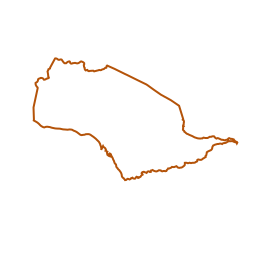 outline of Paratinga, Bahia, Brazil, rotated 299°
{"feature_id": "56859067B27824203442391", "entity_name": "Paratinga", "entity_type": "district", "adm_level": 2, "iso_a3": "BRA", "parent_name": "Brazil", "parent_adm1": "Bahia", "projection": "mercator", "projection_center": [-43.076, -12.745], "detail": "fine", "context": "isolated", "style": "outline", "palette": "amber", "viewbox_px": 256, "rotation_deg": 299, "n_neighbors": 0, "source": "geoboundaries", "source_scale": "gbopen_adm2", "svg_char_len": 5509}
<svg xmlns="http://www.w3.org/2000/svg" viewBox="0 0 256 256"><g transform="rotate(299 128 128)"><path d="M167.3,230.7L168.2,230.7L168.6,229.9L168.3,228.7L168.5,227.9L168.8,226.9L169.3,225.9L169.0,225.0L168.9,224.1L168.3,223.2L168.2,222.5L168.3,221.8L167.9,221.1L167.2,220.8L166.4,221.1L165.7,220.2L165.2,219.5L164.5,219.1L164.1,218.5L163.9,217.8L163.7,216.8L163.2,215.9L163.0,215.0L163.0,214.2L162.9,213.0L162.8,211.9L162.5,211.1L161.7,210.6L161.6,209.9L161.7,209.2L162.0,208.3L162.4,207.4L162.0,206.4L161.4,205.6L160.8,205.2L160.4,204.6L159.9,203.7L158.8,203.1L157.8,202.4L157.1,201.2L156.7,200.4L156.4,199.4L156.1,198.6L155.0,198.1L154.5,197.3L154.1,196.7L153.7,196.2L153.4,195.4L152.9,194.4L152.6,193.3L152.4,192.2L152.1,190.7L152.1,189.8L152.1,189.0L152.1,188.3L152.0,187.3L151.9,186.4L151.8,185.5L151.7,184.3L151.7,183.3L151.5,182.5L151.6,181.7L151.7,181.0L152.0,180.1L152.0,179.2L152.6,178.6L152.8,177.7L153.1,176.9L153.9,176.5L154.8,176.3L155.5,175.7L156.2,175.3L156.7,175.8L157.3,174.9L157.9,175.0L158.6,174.8L159.3,174.3L160.3,174.1L161.3,173.4L161.7,172.6L161.8,171.9L162.5,172.0L172.2,161.9L173.1,152.1L173.1,140.6L173.9,132.6L174.9,124.3L175.0,123.0L174.5,113.6L173.9,100.8L173.8,99.9L173.2,87.6L172.5,79.5L171.7,79.3L171.0,79.6L170.2,79.8L169.7,79.0L168.7,78.6L167.9,78.3L167.4,77.8L166.7,77.0L165.8,76.6L165.1,75.7L164.8,74.7L163.9,73.9L163.1,73.0L162.3,72.2L161.7,71.5L161.1,70.9L161.3,69.9L160.8,69.0L160.1,68.0L159.5,67.0L158.9,66.5L158.6,65.8L158.7,65.1L159.1,64.3L158.5,63.6L157.9,63.2L158.1,62.2L158.8,61.3L159.5,61.1L159.8,60.5L160.3,59.8L161.0,59.4L161.6,58.8L162.6,58.8L163.5,58.2L163.8,57.1L163.7,56.1L163.7,55.4L163.5,54.7L162.8,54.2L161.7,53.8L160.8,53.2L160.2,52.7L159.8,52.0L159.5,51.0L159.3,50.1L158.9,49.6L158.4,49.0L157.8,48.1L157.1,47.7L156.7,47.0L156.9,45.9L157.6,45.3L157.9,44.6L157.4,43.9L156.6,43.2L155.7,42.8L154.7,42.5L154.2,41.7L153.9,41.1L154.1,40.1L154.6,38.9L155.1,37.9L155.6,36.9L155.5,36.1L154.7,35.2L154.2,34.7L153.9,33.9L154.1,32.7L154.1,32.0L153.9,31.1L153.4,30.5L143.1,30.6L142.2,30.9L141.5,30.4L140.7,29.9L140.0,30.2L139.2,30.2L138.5,30.2L137.9,30.7L136.9,31.5L136.0,32.2L135.0,32.9L134.2,33.4L133.9,34.2L133.3,34.4L132.4,33.7L131.6,32.8L130.7,32.4L130.0,31.8L129.5,31.1L130.1,29.7L130.1,29.0L129.9,28.2L129.4,27.3L128.5,26.7L128.0,26.2L127.3,25.8L126.6,25.9L125.8,26.2L125.0,26.3L124.0,26.1L123.4,25.7L122.6,25.3L121.6,25.9L121.0,26.4L120.7,27.0L120.2,27.6L119.9,28.3L119.6,29.3L119.0,29.7L100.2,35.4L98.5,36.4L89.8,41.6L88.9,41.9L88.9,42.6L88.9,43.5L88.9,45.2L88.8,46.3L88.5,47.9L87.7,50.5L87.6,52.1L87.6,52.9L87.7,53.8L88.0,54.6L89.0,55.4L89.9,56.6L90.9,59.2L91.3,61.2L92.1,63.8L92.4,64.7L92.9,65.8L93.7,67.4L94.4,68.8L94.7,69.8L95.1,71.2L95.5,72.3L95.9,73.1L96.5,74.4L97.2,76.0L98.2,77.3L99.0,78.8L99.4,80.2L99.3,81.7L99.5,82.7L99.6,84.0L99.6,85.1L99.4,86.7L99.2,88.1L99.0,89.0L99.1,90.5L99.6,91.3L100.2,92.0L101.1,93.3L102.1,94.1L103.0,95.5L103.7,96.9L103.9,98.4L103.7,99.9L103.5,102.1L103.0,105.0L102.4,107.1L102.0,108.6L101.6,109.7L101.0,110.5L100.7,111.1L100.1,111.7L99.5,112.3L99.1,112.9L98.1,113.8L97.6,114.4L95.9,115.1L97.5,115.1L98.3,115.0L99.3,114.9L100.1,114.9L99.6,115.6L99.4,117.3L99.1,118.2L98.5,118.9L97.4,119.3L97.8,119.8L97.0,120.7L97.2,121.4L96.4,121.5L95.8,121.9L95.3,122.4L94.6,122.9L94.4,123.9L94.3,125.0L94.5,126.0L95.0,125.1L95.4,124.5L95.9,124.0L96.8,124.2L96.9,125.2L96.5,126.0L96.0,126.4L95.1,127.8L94.6,128.7L94.0,129.5L93.1,130.5L92.7,131.3L91.8,132.3L91.0,133.1L90.5,134.1L90.3,135.1L89.4,135.9L88.5,136.5L88.0,137.4L87.8,138.3L87.4,138.9L87.1,139.7L86.9,140.7L86.5,141.5L86.2,142.2L85.8,143.0L85.3,143.8L84.7,144.5L83.8,145.4L83.2,145.7L82.6,146.3L82.3,146.9L82.0,147.7L82.0,148.5L81.6,149.2L81.4,150.1L81.0,150.7L81.6,151.5L82.5,151.9L83.3,152.2L83.7,153.2L83.7,154.2L84.6,155.0L85.5,155.0L86.1,155.5L86.7,156.0L86.4,156.6L86.6,157.7L87.0,158.6L87.6,158.9L88.7,158.9L89.5,159.1L89.7,160.1L89.2,160.8L89.5,161.5L90.4,161.5L90.8,162.2L91.5,162.6L92.2,162.6L93.0,162.7L93.7,163.0L94.3,163.4L94.8,162.8L95.1,161.8L95.9,161.8L96.6,162.2L97.4,163.1L97.4,164.1L97.7,165.1L97.7,166.0L98.5,166.2L99.3,166.2L100.0,166.9L100.3,167.7L100.1,168.4L100.6,169.2L101.3,168.9L102.1,168.8L102.5,169.4L103.2,169.9L103.1,170.7L103.1,171.4L103.3,172.6L103.6,173.5L104.0,174.2L104.6,174.6L105.3,175.1L106.0,175.5L106.4,176.3L106.8,177.3L106.5,178.1L106.8,179.1L107.4,179.6L108.0,180.5L108.3,181.6L109.0,182.4L110.0,182.3L111.1,182.7L112.1,182.7L112.5,183.6L113.5,184.4L114.3,185.0L115.3,185.3L115.7,186.4L116.3,187.4L117.3,188.2L118.1,188.9L117.9,189.7L117.6,190.7L117.8,191.6L118.0,192.2L118.7,193.0L119.4,194.0L120.4,194.7L121.1,194.9L122.1,195.4L122.9,195.6L124.2,195.1L125.1,194.6L125.7,195.5L126.1,196.6L126.2,197.4L126.7,198.0L127.5,198.7L127.8,200.1L128.7,201.1L129.3,202.1L129.8,202.9L130.3,203.4L131.1,203.7L132.0,204.5L132.6,204.6L133.5,204.1L134.5,204.6L134.8,205.7L135.2,206.7L135.8,207.6L136.9,208.2L137.6,208.4L138.3,208.9L139.3,209.4L140.2,210.0L141.0,209.4L141.9,209.7L142.6,209.5L143.3,209.3L144.3,209.0L144.9,208.7L145.7,209.0L146.9,209.8L147.8,210.4L148.3,210.9L148.9,211.3L150.0,211.6L151.0,211.5L152.0,211.1L152.7,211.0L154.0,211.0L154.6,211.5L155.3,211.9L156.0,212.6L156.6,213.2L157.3,213.9L157.8,214.8L158.6,215.6L159.2,216.4L159.5,217.2L159.6,218.1L160.3,218.3L160.8,218.7L161.4,219.3L161.8,220.0L162.6,220.8L163.6,221.4L164.7,221.9L165.2,222.7L165.9,223.3L166.1,224.1L166.7,224.9L167.2,225.9L167.2,226.7L167.3,227.4L167.4,228.1L167.6,229.1L167.9,229.9L167.3,230.7Z" fill="none" stroke="#b45309" stroke-width="2"/></g></svg>